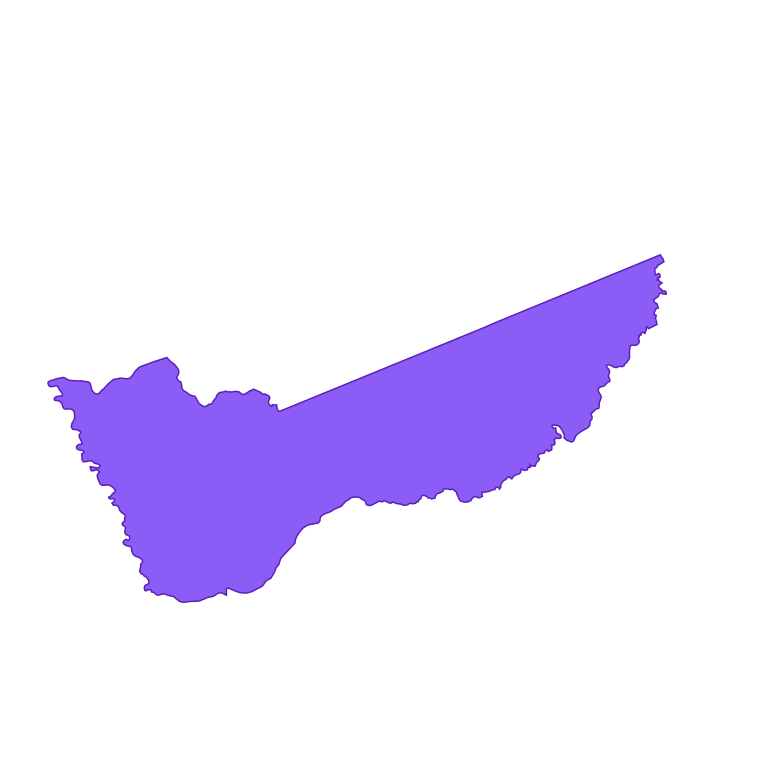 the district of Porto Alegre do Norte, Mato Grosso, Brazil, rotated 335°
{"feature_id": "56859067B37465571379655", "entity_name": "Porto Alegre do Norte", "entity_type": "district", "adm_level": 2, "iso_a3": "BRA", "parent_name": "Brazil", "parent_adm1": "Mato Grosso", "projection": "mercator", "projection_center": [-51.745, -10.764], "detail": "fine", "context": "isolated", "style": "filled", "palette": "violet", "viewbox_px": 768, "rotation_deg": 335, "n_neighbors": 0, "source": "geoboundaries", "source_scale": "gbopen_adm2", "svg_char_len": 6021}
<svg xmlns="http://www.w3.org/2000/svg" viewBox="0 0 768 768"><g transform="rotate(335 384 384)"><path d="M492.2,518.7L493.3,517.4L492.8,514.8L494.5,513.2L496.5,513.3L499.7,514.3L502.9,512.4L504.6,512.8L504.4,514.6L508.0,514.6L509.3,512.7L509.8,510.5L512.8,511.0L513.9,510.0L514.9,506.1L517.3,506.0L520.4,507.7L522.2,507.1L522.4,504.6L520.7,502.8L519.6,500.9L521.0,496.3L519.3,496.2L518.3,494.4L518.5,492.9L520.4,492.8L523.6,494.8L525.0,496.6L525.9,500.9L525.9,506.8L524.4,508.9L526.2,512.7L529.6,515.9L531.8,515.7L536.3,511.9L537.8,511.2L542.9,510.3L550.3,509.7L552.7,508.7L555.4,504.7L557.2,504.0L558.6,502.2L559.0,498.6L565.6,496.3L568.3,496.8L569.8,494.9L570.9,492.3L575.1,488.1L575.7,486.2L575.2,481.7L576.1,479.1L577.9,478.1L581.7,478.7L583.4,478.7L587.2,477.0L589.6,477.1L590.5,475.8L590.7,471.4L593.0,469.1L593.9,467.7L594.0,465.5L592.8,462.9L594.2,461.1L596.6,462.0L599.8,466.2L601.5,467.3L604.7,467.4L607.4,469.0L609.3,468.9L611.1,467.3L612.6,467.3L617.3,464.6L620.4,457.9L622.0,455.2L623.4,453.6L625.3,453.5L628.1,455.2L629.8,455.4L631.6,455.0L633.6,453.2L633.7,450.4L635.2,449.3L635.7,447.8L637.8,448.2L638.7,446.5L640.8,446.6L641.8,448.4L644.4,445.9L646.2,443.1L647.4,445.7L656.6,445.4L657.7,440.7L657.7,438.9L659.0,438.1L659.7,436.6L658.2,435.0L659.2,433.4L662.7,430.5L664.7,431.1L665.3,426.5L663.8,424.5L663.8,421.7L669.4,420.6L672.1,418.3L673.5,418.7L675.2,420.5L677.7,421.8L678.6,419.6L677.6,418.2L675.6,417.6L675.6,415.6L674.5,414.5L674.1,412.3L674.6,410.8L678.7,409.9L677.0,407.1L677.0,405.1L675.5,405.2L676.7,403.5L679.3,403.9L680.3,401.6L679.7,400.0L676.5,399.9L676.5,398.1L678.2,393.9L680.3,393.8L682.1,392.3L689.3,391.5L689.7,388.5L689.1,385.5L689.1,383.7L512.2,375.5L499.7,375.2L278.5,364.7L277.1,364.1L276.5,362.0L277.8,357.4L276.1,356.9L273.9,355.4L272.7,357.0L271.5,355.6L271.3,352.6L271.7,351.1L274.5,348.7L274.8,346.8L274.1,345.4L271.6,342.5L269.2,341.9L269.1,340.0L263.8,333.7L260.0,333.5L253.5,334.4L251.0,333.5L249.4,330.0L246.6,328.0L241.8,326.6L240.5,325.5L239.0,325.2L237.5,323.5L234.0,323.1L231.3,322.2L227.8,323.4L225.8,325.6L223.7,326.4L219.5,329.2L216.6,328.4L213.9,329.0L212.4,328.9L210.8,327.9L208.1,323.6L207.6,315.5L203.6,312.1L201.4,308.0L199.3,304.9L199.1,302.1L200.4,298.7L200.6,296.0L198.9,294.1L198.9,290.3L200.8,289.0L202.7,287.2L203.7,284.8L203.6,282.6L202.4,277.7L199.8,272.8L198.3,268.2L185.2,266.6L170.9,265.4L168.7,265.5L163.9,267.2L160.9,269.2L157.7,270.7L155.7,271.3L153.2,270.7L147.3,267.0L143.9,266.6L142.3,265.9L140.6,265.6L133.8,267.4L127.7,270.0L126.0,270.2L122.4,271.9L120.7,272.1L118.7,271.2L117.6,269.7L116.9,267.5L116.7,265.6L117.8,260.0L117.7,258.3L116.7,257.0L111.3,253.5L106.4,251.1L100.9,248.0L99.1,246.4L97.4,243.7L96.0,242.5L90.1,241.0L85.3,240.5L83.3,240.0L80.5,240.2L79.7,241.6L79.5,243.2L80.1,245.1L82.5,246.3L86.2,247.0L87.4,248.7L87.3,251.0L88.4,256.9L87.5,258.6L85.7,258.2L81.6,256.9L79.2,257.5L78.6,259.5L81.8,261.5L83.1,263.1L83.8,265.8L83.3,269.4L83.6,271.3L84.8,272.2L87.0,272.9L89.6,274.4L91.0,275.9L91.4,277.6L91.0,280.1L89.3,283.9L87.9,285.5L84.5,287.8L82.4,290.9L82.7,293.5L86.6,295.9L89.0,299.1L88.1,300.4L86.4,301.1L85.4,303.3L85.5,308.8L84.9,310.7L81.9,309.9L80.3,310.0L78.7,310.9L78.3,313.0L79.8,315.0L82.2,316.4L83.7,318.2L82.6,319.2L80.3,319.8L79.5,322.4L78.4,324.8L78.6,327.4L81.3,328.5L83.7,328.9L86.6,330.0L88.2,333.6L91.4,336.0L92.3,337.8L90.5,339.1L88.9,339.0L82.9,334.7L82.1,336.4L82.1,338.9L84.2,339.9L86.4,340.0L87.7,340.5L89.3,343.6L87.4,344.1L85.9,345.1L85.1,346.4L84.6,349.4L84.5,355.0L85.8,356.6L88.1,357.8L90.9,358.6L92.7,359.9L94.7,363.3L95.3,365.4L95.3,367.0L94.4,368.3L91.6,368.6L89.5,370.1L86.8,370.1L86.4,371.6L88.1,372.9L89.9,373.3L91.2,374.5L90.1,376.2L87.1,377.0L87.5,379.5L89.8,380.6L91.5,382.4L91.1,386.8L91.8,389.2L93.9,393.1L93.8,394.6L92.5,395.6L91.3,398.2L88.1,399.5L87.3,401.1L88.6,403.0L89.2,404.8L86.6,408.4L86.2,409.9L86.6,411.5L89.0,414.3L88.2,416.8L86.1,417.6L84.6,415.7L81.8,416.2L80.6,417.4L80.6,419.3L82.0,421.4L85.1,423.8L86.1,425.5L84.9,428.0L84.6,431.4L85.0,433.4L86.3,435.4L88.7,437.7L89.9,439.7L90.5,441.3L90.1,443.4L87.4,444.4L86.6,446.2L83.4,450.4L83.5,452.8L85.4,455.2L85.5,456.8L86.9,458.2L87.8,462.8L86.9,464.7L85.3,465.7L82.5,465.5L80.7,467.2L79.9,469.9L81.2,471.0L83.0,470.4L84.3,471.5L86.1,472.1L85.4,474.2L87.4,475.7L88.8,479.1L90.6,480.1L94.2,480.6L96.8,481.8L98.6,483.9L103.7,488.0L105.6,492.3L107.0,494.7L108.8,496.4L110.8,497.4L118.0,499.7L123.4,502.2L126.3,502.7L134.4,503.0L139.6,504.3L144.6,503.6L146.8,503.8L148.8,504.9L151.9,508.8L154.7,502.8L157.1,503.6L162.1,509.2L165.1,512.0L170.1,515.0L173.4,515.9L176.3,516.3L187.8,515.8L189.8,515.0L194.2,512.5L199.4,512.2L205.6,507.9L208.6,504.9L211.0,503.9L212.9,502.6L216.1,499.0L217.8,497.9L236.1,490.6L237.2,488.6L239.9,485.7L243.3,483.4L249.3,480.4L253.3,479.8L256.4,479.8L265.8,482.2L267.9,481.1L269.8,478.1L272.1,476.8L276.0,476.6L281.5,477.1L285.7,476.5L293.7,476.7L299.9,474.0L302.5,474.0L305.9,473.2L307.9,473.4L312.9,475.6L314.1,476.9L315.5,479.5L317.5,481.7L317.1,486.0L319.0,487.8L321.3,488.6L329.5,488.1L331.0,488.7L332.6,490.1L334.4,489.8L336.0,490.8L337.7,493.2L339.5,494.9L342.6,494.9L344.2,497.0L345.3,498.0L348.5,500.0L350.5,502.2L352.7,503.1L354.8,503.5L356.7,502.9L360.0,504.9L362.4,505.4L363.7,504.4L365.0,505.3L366.8,503.8L368.8,503.5L371.1,501.2L373.1,501.7L375.1,503.8L375.7,505.8L377.2,506.5L378.6,508.3L382.1,508.9L383.3,507.2L386.0,505.8L388.1,506.3L392.4,506.0L393.6,504.3L397.1,505.9L399.5,507.7L402.0,508.4L404.1,513.2L403.4,514.6L403.7,516.5L403.3,520.3L404.1,522.6L407.4,525.4L410.3,526.3L413.7,526.3L415.1,525.2L417.1,524.3L419.6,524.7L421.1,526.7L422.4,527.5L425.7,527.4L426.9,523.3L429.7,524.7L434.2,525.8L437.8,525.8L439.8,526.5L442.1,524.9L444.1,525.9L444.2,528.0L446.2,526.9L447.1,524.9L448.2,523.7L451.8,522.1L454.2,522.0L456.5,520.8L458.3,521.3L459.7,524.0L462.7,522.3L464.6,522.1L468.6,522.5L470.3,522.0L472.7,519.0L474.4,521.5L477.6,522.4L479.5,520.3L481.1,521.4L482.1,518.8L482.9,520.6L486.1,522.3L489.5,519.3L492.2,518.7Z" fill="#8b5cf6" stroke="#5b21b6" stroke-width="1.5"/></g></svg>